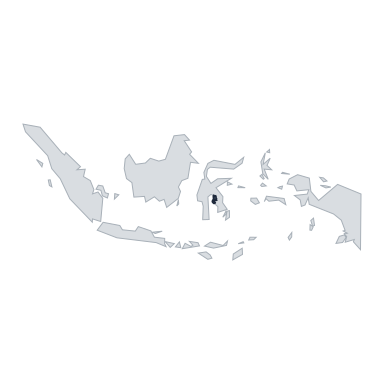 Kolaka Utara, Sulawesi Tenggara, Indonesia shown in context
{"feature_id": "22746128B11198700179718", "entity_name": "Kolaka Utara", "entity_type": "district", "adm_level": 2, "iso_a3": "IDN", "parent_name": "Indonesia", "parent_adm1": "Sulawesi Tenggara", "projection": "natural_earth1", "projection_center": [121.032, -3.263], "detail": "fine", "context": "in_parent", "style": "filled", "palette": "slate", "viewbox_px": 384, "rotation_deg": 0, "n_neighbors": 0, "source": "geoboundaries", "source_scale": "gbopen_adm2", "svg_char_len": 5561}
<svg xmlns="http://www.w3.org/2000/svg" viewBox="0 0 384 384"><path d="M129.3,154.3L135.7,164.3L145.4,163.0L150.3,158.3L158.8,161.1L165.4,159.3L174.0,135.8L184.5,134.6L189.5,140.1L184.2,140.7L191.6,151.9L189.6,154.3L198.4,163.3L190.5,162.3L187.9,178.3L181.8,180.6L178.4,187.0L180.5,191.4L178.3,198.4L166.7,207.4L164.1,199.4L159.4,201.2L154.4,196.8L145.8,202.1L144.5,196.4L133.9,197.1L131.9,182.6L126.5,178.6L124.2,168.6L125.2,158.9L129.3,154.3ZM23.0,124.1L40.1,127.2L62.0,153.0L64.6,155.0L65.8,152.4L80.5,166.7L76.9,169.8L85.2,169.2L83.5,176.6L90.3,180.6L93.9,189.6L92.5,193.9L98.0,192.0L102.8,198.3L100.7,221.5L92.5,218.9L92.3,222.2L69.8,198.8L60.3,178.8L51.8,168.7L47.7,155.7L25.5,131.8L23.0,124.1ZM361.0,194.0L360.5,249.7L353.4,241.8L354.3,239.5L345.2,242.2L346.7,236.6L344.2,233.7L345.1,233.3L346.6,233.5L347.4,233.2L343.2,231.0L345.1,230.4L341.3,220.2L333.6,214.0L309.2,204.3L308.2,197.8L305.0,205.0L301.4,206.4L300.2,199.9L294.4,195.5L307.2,194.1L308.8,189.7L296.9,190.9L294.1,185.0L287.2,183.9L289.2,179.0L297.6,174.7L309.3,178.1L310.9,191.4L318.6,200.5L337.6,184.4L361.0,194.0ZM242.1,163.2L233.7,169.1L210.2,167.2L207.4,169.4L206.4,176.4L210.9,183.4L217.6,178.8L231.3,178.3L216.0,187.7L222.9,196.6L222.6,202.7L227.2,209.3L217.7,212.4L217.9,206.7L212.5,201.8L213.7,195.2L210.8,194.5L207.9,196.9L209.1,219.5L202.7,219.7L203.2,206.2L202.0,201.7L197.6,200.8L196.9,195.0L202.3,179.4L204.8,179.1L203.9,172.4L207.9,163.4L213.9,160.3L235.0,164.4L243.7,157.3L242.1,163.2ZM103.1,222.3L119.8,225.5L122.4,229.8L135.3,231.1L138.3,226.6L150.9,230.9L154.4,237.2L164.7,238.4L164.6,243.6L166.1,246.7L156.2,242.6L116.9,237.8L97.2,230.2L103.1,222.3ZM263.1,164.4L270.2,158.2L267.0,165.4L271.7,169.8L264.2,169.1L268.2,179.3L262.8,173.8L260.9,161.9L265.3,152.9L263.1,164.4ZM266.5,196.2L284.1,198.5L285.8,204.7L278.7,200.1L268.9,201.2L266.0,198.7L264.3,201.6L266.5,196.2ZM226.5,245.4L213.6,248.1L204.5,246.1L210.5,242.2L223.1,245.5L227.5,241.0L226.5,245.4ZM189.4,241.4L198.0,242.7L199.5,245.9L182.3,248.7L185.1,243.3L191.0,246.4L192.9,245.2L189.4,241.4ZM242.2,248.2L242.5,254.4L232.8,259.9L233.3,254.0L242.2,248.2ZM102.8,186.0L105.2,192.8L108.5,193.7L107.4,198.0L102.4,195.8L100.9,190.3L96.0,189.2L98.4,185.2L102.8,186.0ZM342.6,242.5L336.0,243.4L339.3,236.4L344.4,234.9L346.0,237.5L342.6,242.5ZM206.1,251.9L210.1,254.9L211.9,258.2L207.8,259.3L198.3,253.1L206.1,251.9ZM256.6,198.1L259.4,202.8L255.3,204.4L250.7,200.9L250.9,198.2L256.6,198.1ZM165.2,241.6L174.3,243.6L170.2,247.4L165.2,241.6ZM179.4,241.9L180.8,247.7L175.4,246.9L179.4,241.9ZM118.8,194.8L114.4,199.1L114.8,193.6L118.8,194.8ZM313.5,218.1L314.5,225.5L312.5,225.9L310.8,220.5L313.5,218.1ZM162.2,231.2L155.3,233.5L152.3,232.2L162.2,231.2ZM229.4,210.6L229.5,217.3L225.5,220.1L227.0,211.2L229.4,210.6ZM36.5,159.5L42.8,163.4L41.9,166.9L36.5,159.5ZM51.9,186.9L49.4,185.5L48.3,180.0L50.2,179.8L51.9,186.9ZM289.4,240.1L288.1,237.4L291.8,232.5L291.7,236.9L289.4,240.1ZM282.5,172.3L289.8,174.2L281.6,173.5L282.5,172.3ZM238.6,185.9L245.2,187.7L237.9,187.6L238.6,185.9ZM226.3,213.9L222.8,217.2L225.9,211.2L226.3,213.9ZM319.7,177.3L323.4,177.9L327.0,181.0L323.6,181.8L319.7,177.3ZM256.1,237.3L253.7,239.7L248.7,240.0L250.0,237.2L256.1,237.3ZM313.2,226.8L311.6,230.3L309.9,230.1L310.1,224.6L313.2,226.8ZM266.2,185.9L261.8,186.5L260.6,185.3L262.5,183.1L266.2,185.9ZM320.3,185.3L325.7,185.8L330.8,187.1L325.9,187.9L320.3,185.3ZM227.4,181.8L231.9,184.1L227.3,185.3L227.4,181.8ZM269.7,152.7L266.7,152.0L269.5,149.5L269.7,152.7ZM238.2,243.7L243.2,241.7L243.8,242.9L238.2,243.7ZM282.5,186.1L281.7,189.2L277.9,187.7L279.8,186.7L282.5,186.1ZM178.7,203.9L176.8,206.0L178.4,199.5L178.7,203.9ZM261.9,174.4L264.2,178.6L263.3,179.2L259.9,176.0L261.9,174.4Z" fill="#d9dde1" stroke="#a8b0b8" stroke-width="1"/><path d="M215.2,203.0L215.2,202.9L215.1,202.6L214.9,202.4L214.8,202.2L214.7,202.2L214.5,201.9L214.4,201.8L214.5,201.8L214.4,201.7L214.2,201.5L214.3,201.5L214.2,201.4L214.3,201.3L214.4,201.2L214.5,201.1L214.4,201.1L214.3,200.9L214.2,200.9L214.3,200.8L214.3,200.7L214.4,200.4L214.5,200.3L214.5,200.2L214.4,200.1L214.5,200.1L214.5,199.9L214.7,199.7L215.0,199.5L215.0,199.4L215.4,199.3L215.5,199.4L215.6,199.8L215.8,200.1L216.0,200.3L216.4,200.4L216.6,200.3L216.5,200.2L216.5,199.9L216.5,199.5L216.5,199.2L216.6,198.8L216.6,198.7L216.4,198.6L216.4,198.4L216.3,198.2L216.2,198.2L216.0,197.9L216.0,197.7L216.1,197.4L216.0,197.1L215.9,197.1L215.8,196.9L215.8,196.7L216.0,196.6L215.9,196.4L215.8,196.1L215.8,195.9L215.7,195.7L215.4,195.8L215.1,195.9L215.0,196.0L214.9,196.1L214.7,196.0L214.7,195.9L214.3,195.6L214.2,195.6L213.9,195.5L213.7,195.6L213.5,195.8L213.2,195.9L213.2,196.0L213.3,196.1L213.3,195.9L213.3,196.0L213.4,195.9L213.4,196.0L213.5,196.0L213.6,195.9L213.6,195.7L213.6,195.8L213.6,196.0L213.7,196.3L213.8,196.3L213.8,196.2L213.9,196.3L213.9,196.5L214.0,196.7L214.0,196.8L213.9,196.9L213.9,197.0L214.0,197.0L213.9,197.1L213.9,197.3L214.0,197.3L214.0,197.5L213.9,197.5L213.9,197.4L213.9,197.5L213.7,197.5L213.7,197.8L213.8,197.9L213.7,198.0L213.8,198.1L213.7,198.2L213.7,198.3L213.8,198.5L213.7,198.6L213.8,198.7L213.7,198.7L213.7,198.8L213.8,198.8L213.7,198.8L213.7,199.0L213.8,199.0L213.7,199.0L213.5,199.3L213.4,199.5L213.2,199.5L213.0,199.8L213.0,200.1L212.9,200.2L212.8,200.3L212.7,200.4L212.7,200.5L212.6,200.8L212.4,200.9L212.3,201.0L212.4,201.6L212.5,201.8L212.4,201.9L212.5,202.0L212.6,202.3L212.8,202.4L212.9,202.5L213.0,202.7L213.1,202.8L213.3,202.9L213.4,203.1L213.5,203.2L213.5,203.3L213.8,203.4L213.9,203.5L214.0,203.5L214.5,203.4L215.0,203.1L215.2,203.0Z" fill="#64748b" stroke="#1e293b" stroke-width="1.5"/></svg>